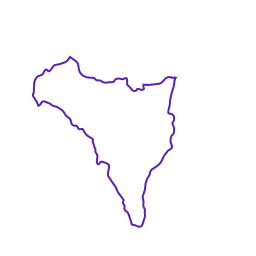 the Department of Cerro Largo, rotated 60°
{"feature_id": "URY-12", "entity_name": "Cerro Largo", "entity_type": "Department", "adm_level": 1, "iso_a3": "URY", "parent_name": "Uruguay", "parent_adm1": "", "projection": "albers", "projection_center": [-54.394, -32.345], "detail": "fine", "context": "isolated", "style": "outline", "palette": "violet", "viewbox_px": 256, "rotation_deg": 60, "n_neighbors": 0, "source": "natural_earth", "source_scale": "10m", "svg_char_len": 3515}
<svg xmlns="http://www.w3.org/2000/svg" viewBox="0 0 256 256"><g transform="rotate(60 128 128)"><path d="M108.3,61.5L108.5,62.3L110.8,64.5L113.5,66.4L116.0,68.8L118.6,71.8L124.3,77.1L128.9,80.3L132.9,84.2L134.9,85.5L135.8,85.4L136.6,84.4L138.1,83.0L139.7,82.4L141.3,82.6L142.9,83.3L144.3,84.4L144.8,85.1L145.5,86.5L146.2,87.2L147.1,87.5L149.8,87.8L151.2,88.2L152.4,88.8L154.8,90.4L155.7,91.5L156.1,92.5L156.3,93.5L156.8,94.5L157.6,95.5L158.7,96.5L161.0,98.0L165.8,99.0L167.0,99.8L167.5,101.2L167.6,104.6L169.9,110.3L174.1,116.6L175.0,119.3L175.6,122.6L175.8,127.6L176.2,129.2L176.9,130.5L179.0,132.4L179.8,133.6L181.2,136.1L182.9,138.4L184.8,140.5L190.0,144.2L194.8,149.7L199.4,151.3L203.0,153.6L204.3,154.0L207.0,154.1L209.7,155.8L212.3,157.0L213.6,158.0L219.0,164.0L219.7,165.4L219.4,167.2L218.3,168.6L215.3,170.9L213.7,172.9L203.8,170.7L201.7,170.5L201.1,170.5L200.3,170.7L198.9,171.5L198.2,171.7L197.5,171.7L196.5,171.6L195.8,171.4L195.3,171.1L194.2,170.1L193.6,169.9L192.7,169.9L191.1,169.9L190.3,169.8L189.8,169.5L189.2,168.8L188.9,168.4L188.5,168.1L188.1,167.9L187.7,167.8L178.9,168.8L176.9,168.7L174.0,168.2L160.3,169.2L159.5,169.1L158.8,168.9L158.3,168.7L157.5,168.2L152.3,163.9L151.5,163.4L151.0,163.2L150.2,163.2L149.3,163.4L147.0,164.8L146.6,165.1L146.0,165.7L144.3,167.3L144.0,167.7L143.7,168.1L143.7,168.6L143.8,169.1L143.9,169.5L144.4,170.4L144.6,170.8L144.7,171.3L144.5,171.9L144.1,172.2L142.9,172.3L142.3,172.1L141.7,171.9L141.4,171.6L136.9,168.5L136.5,168.3L136.0,168.1L135.4,168.1L133.7,168.2L133.1,168.2L132.5,168.1L132.0,168.0L131.5,167.7L130.7,167.2L130.3,166.9L128.0,166.7L126.3,166.1L123.2,165.7L122.6,165.5L122.2,165.3L121.8,165.0L121.1,164.3L120.7,164.1L119.9,164.1L118.7,164.6L114.6,166.9L112.9,167.5L108.3,167.8L107.2,167.6L106.6,167.7L106.0,168.0L105.6,168.8L105.1,170.0L104.9,170.5L104.5,170.9L103.9,171.2L102.7,171.4L102.0,171.3L101.4,171.2L100.9,171.2L100.4,171.4L100.0,172.0L99.4,173.0L98.8,173.8L98.4,174.1L97.7,174.4L96.5,174.7L95.7,174.7L95.0,174.5L93.5,174.0L92.4,173.7L91.3,173.7L90.5,173.8L86.7,175.4L85.4,175.7L82.8,175.6L80.5,175.9L79.4,176.2L74.6,178.7L73.2,179.9L72.0,181.3L71.2,181.9L70.8,182.2L68.0,183.3L67.1,184.0L66.4,184.7L65.9,185.1L64.1,186.2L63.7,186.5L63.2,187.1L62.8,187.8L62.5,188.4L62.4,189.1L62.6,190.0L63.8,192.0L63.9,192.7L63.9,194.5L59.7,193.9L53.8,194.2L52.5,194.1L51.7,193.8L51.4,193.5L50.4,192.2L50.2,191.9L42.4,186.9L41.3,186.0L39.7,184.2L38.8,182.6L38.4,181.6L38.2,180.5L38.2,179.9L38.6,177.6L38.8,175.8L38.7,175.2L38.6,174.7L38.2,174.0L36.9,172.0L36.5,171.2L36.3,170.4L36.4,169.9L36.7,169.5L37.0,169.2L37.5,169.0L38.5,168.7L39.0,168.5L39.3,168.2L39.4,167.7L39.4,167.1L39.3,166.5L37.1,161.6L37.0,161.0L37.0,159.8L37.3,158.7L38.4,155.7L39.5,150.5L39.6,149.3L39.5,148.1L39.1,146.0L37.4,142.8L44.7,139.4L47.5,139.2L52.9,141.3L55.7,141.8L58.6,141.4L61.1,140.2L63.3,138.5L65.0,136.5L66.7,133.6L67.9,132.3L70.9,131.4L71.5,130.6L72.1,129.5L72.9,128.5L73.7,127.9L75.4,127.0L76.2,126.4L77.6,124.7L79.3,120.7L80.5,118.7L80.8,117.6L80.5,116.5L79.9,115.4L79.6,114.4L79.7,113.5L80.0,112.5L80.7,111.0L82.6,108.9L83.3,107.6L83.5,105.3L84.4,104.3L86.5,105.0L89.8,107.0L91.0,106.8L92.8,106.3L94.5,105.8L96.3,105.6L98.2,105.0L99.4,103.6L99.6,101.8L98.8,100.3L99.6,99.1L101.7,97.4L102.2,96.2L102.0,94.6L100.9,94.2L99.5,93.9L98.2,92.9L101.0,88.8L102.1,86.0L103.2,83.8L105.2,78.9L105.6,77.2L105.2,74.8L103.8,70.5L103.9,68.2L104.3,67.2L105.0,66.1L105.8,65.2L106.4,64.8L106.7,64.4L107.8,62.1L108.2,61.6L108.3,61.5Z" fill="none" stroke="#5b21b6" stroke-width="2"/></g></svg>